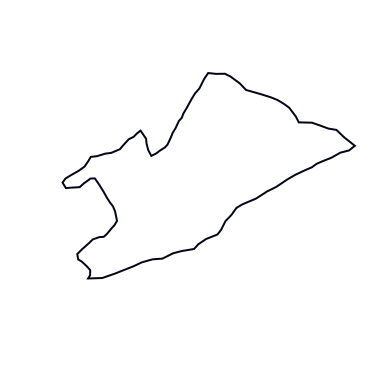 Livera, Cyprus (Equal Earth projection), rotated 121°
{"feature_id": "46923920B2893427374385", "entity_name": "Livera", "entity_type": "district", "adm_level": 2, "iso_a3": "CYP", "parent_name": "Cyprus", "parent_adm1": "", "projection": "equal_earth", "projection_center": [32.951, 35.381], "detail": "fine", "context": "isolated", "style": "outline", "palette": "ink", "viewbox_px": 384, "rotation_deg": 121, "n_neighbors": 0, "source": "geoboundaries", "source_scale": "gbopen_adm2", "svg_char_len": 1525}
<svg xmlns="http://www.w3.org/2000/svg" viewBox="0 0 384 384"><g transform="rotate(121 192 192)"><path d="M319.6,236.5L312.0,224.7L301.5,215.9L295.7,211.5L285.8,203.9L278.2,198.8L270.1,191.2L264.3,183.0L254.3,176.7L247.9,170.4L239.8,160.9L233.4,159.6L225.2,155.8L215.3,148.3L209.5,147.6L199.6,148.3L191.4,146.4L182.7,145.7L176.9,142.6L171.6,138.8L164.6,133.7L153.0,128.0L144.2,122.4L132.0,116.7L123.9,112.2L114.5,105.9L109.3,102.1L103.5,99.6L98.2,95.8L90.7,90.1L81.9,85.1L75.5,78.8L68.5,76.2L66.8,89.5L64.4,100.2L67.4,107.8L69.1,116.7L70.8,124.9L77.3,136.3L73.8,141.9L69.7,152.1L69.1,159.0L69.1,166.0L70.3,173.5L72.6,183.0L76.7,198.2L74.3,207.0L73.2,218.4L73.7,224.7L78.4,232.3L81.7,239.4L88.8,239.8L94.0,239.4L99.6,239.0L105.9,240.2L113.4,240.2L123.1,239.8L129.4,239.8L133.5,239.0L138.0,239.8L145.4,239.0L151.4,239.0L156.2,238.2L164.1,237.4L167.8,238.2L172.6,240.6L177.5,242.6L182.0,245.5L178.6,251.1L173.8,256.0L170.0,258.8L165.9,267.7L170.0,269.3L174.9,270.5L179.4,273.4L187.2,275.0L192.4,275.8L200.2,281.5L203.6,285.9L210.3,292.0L214.0,296.8L218.9,296.8L225.6,297.2L232.3,300.1L237.2,302.9L241.6,305.3L245.7,307.4L250.6,307.8L253.6,302.1L251.0,298.5L245.7,290.8L240.5,289.2L232.7,285.9L230.4,282.3L233.1,276.2L237.2,268.1L240.5,262.4L243.1,257.2L245.0,252.3L248.3,247.9L255.4,241.4L260.6,241.4L264.4,242.2L272.2,243.4L275.9,244.6L278.5,248.3L283.8,252.7L288.6,253.9L297.9,256.8L304.3,258.4L308.4,254.8L308.4,250.7L309.9,243.8L311.4,239.0L315.8,236.5L319.6,236.5Z" fill="none" stroke="#020617" stroke-width="2"/></g></svg>